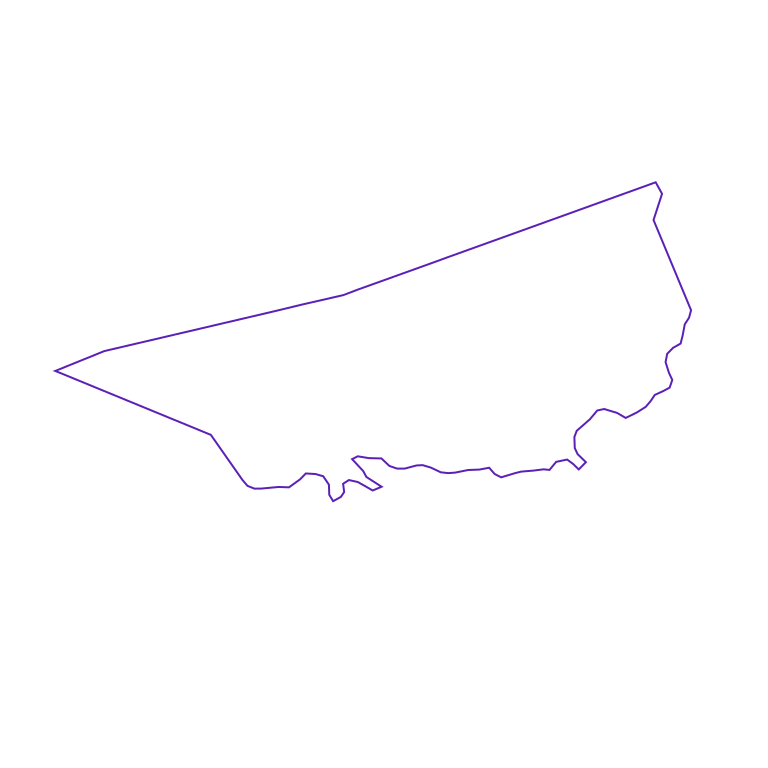 the district of Bento Fernandes, Rio Grande do Norte, Brazil, rotated 166°
{"feature_id": "56859067B20683588640252", "entity_name": "Bento Fernandes", "entity_type": "district", "adm_level": 2, "iso_a3": "BRA", "parent_name": "Brazil", "parent_adm1": "Rio Grande do Norte", "projection": "mercator", "projection_center": [-35.821, -5.669], "detail": "fine", "context": "isolated", "style": "outline", "palette": "violet", "viewbox_px": 768, "rotation_deg": 166, "n_neighbors": 0, "source": "geoboundaries", "source_scale": "gbopen_adm2", "svg_char_len": 1237}
<svg xmlns="http://www.w3.org/2000/svg" viewBox="0 0 768 768"><g transform="rotate(166 384 384)"><path d="M461.7,282.6L453.1,284.9L448.8,288.8L447.8,297.1L441.3,299.3L433.1,295.2L428.3,290.7L420.7,283.4L411.2,284.9L423.6,298.1L425.2,304.5L433.1,318.8L427.0,320.2L416.5,315.7L404.5,312.4L398.6,303.2L391.7,298.7L384.4,296.9L372.2,297.1L366.1,295.9L358.8,291.6L350.3,284.6L343.3,282.0L336.4,280.8L323.2,280.2L312.2,277.9L302.2,277.3L298.4,269.9L292.9,265.1L278.3,265.8L272.0,265.8L259.8,263.8L249.8,262.6L244.2,260.6L235.8,266.8L224.6,266.4L219.8,260.6L215.7,254.0L207.0,259.3L213.1,269.1L214.4,275.7L212.1,286.5L208.3,292.0L192.7,300.0L183.5,306.7L176.5,306.5L164.9,299.6L157.7,292.6L145.6,295.2L135.6,298.5L129.3,303.0L123.9,307.9L114.7,309.6L107.7,311.4L103.3,318.2L104.8,325.9L105.5,337.1L101.9,344.8L94.7,349.2L86.4,351.5L82.5,358.8L77.7,369.2L72.0,374.5L68.2,381.3L82.8,477.9L68.2,501.3L71.6,514.0L187.0,502.2L291.5,491.6L303.5,490.3L386.0,482.0L401.9,480.1L443.9,480.9L472.2,481.1L647.4,483.6L699.8,476.2L564.3,376.5L544.5,325.0L541.1,318.2L535.0,313.8L528.3,312.2L511.2,309.6L501.2,306.7L488.5,311.8L481.5,316.1L472.2,313.2L465.3,309.2L461.8,299.7L463.9,289.7L461.7,282.6Z" fill="none" stroke="#5b21b6" stroke-width="2"/></g></svg>